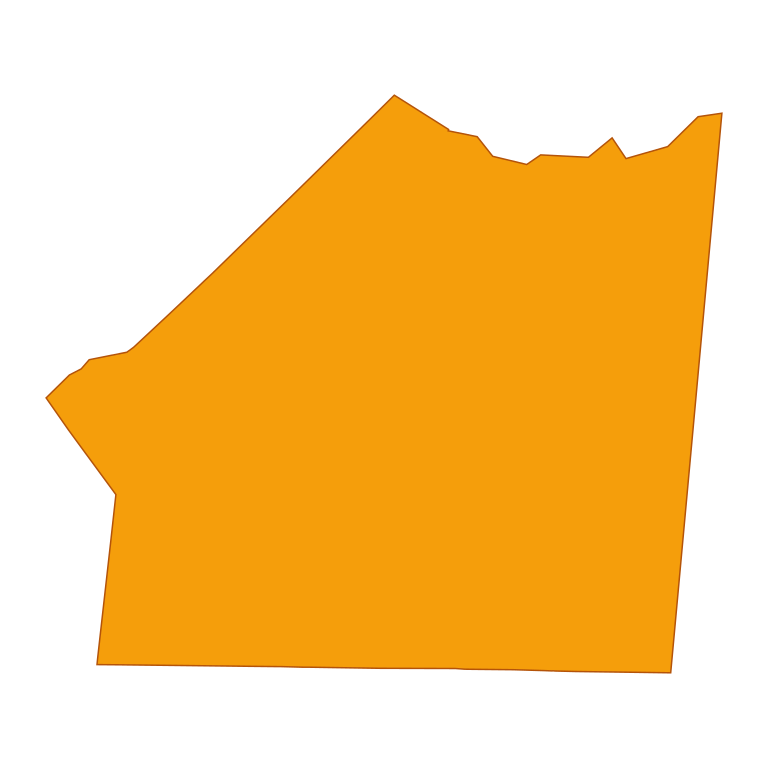 outline of Union, North Carolina, United States of America
{"feature_id": "52423323B12415258614636", "entity_name": "Union", "entity_type": "district", "adm_level": 2, "iso_a3": "USA", "parent_name": "United States of America", "parent_adm1": "North Carolina", "projection": "albers", "projection_center": [-80.585, 35.011], "detail": "fine", "context": "isolated", "style": "filled", "palette": "amber", "viewbox_px": 768, "rotation_deg": 0, "n_neighbors": 0, "source": "geoboundaries", "source_scale": "gbopen_adm2", "svg_char_len": 924}
<svg xmlns="http://www.w3.org/2000/svg" viewBox="0 0 768 768"><path d="M448.6,129.5L394.8,95.5L394.3,95.2L375.1,114.2L374.0,115.3L335.1,153.5L293.4,194.4L292.4,195.4L269.8,217.4L219.6,266.3L214.4,271.4L214.0,271.7L213.6,272.2L203.9,281.3L203.3,281.9L171.0,312.4L133.6,347.3L126.9,352.2L89.2,359.7L81.2,368.9L69.4,375.0L46.1,397.9L68.6,430.1L86.3,454.3L86.7,454.8L115.9,494.6L110.5,543.7L99.9,637.9L97.6,658.6L97.0,664.6L120.8,664.8L127.9,664.9L181.9,665.5L233.5,666.1L249.2,666.3L278.6,666.6L280.9,666.6L303.3,667.2L309.2,667.2L380.8,668.3L455.3,668.5L464.9,669.2L472.8,669.3L513.2,669.7L516.7,669.8L533.5,670.3L544.2,670.6L551.8,670.9L553.2,670.8L554.9,671.0L575.6,671.5L635.5,672.3L670.7,672.8L695.6,401.2L698.2,372.8L721.9,113.2L698.1,116.7L667.7,146.6L626.0,158.6L612.1,137.9L588.4,157.3L540.7,154.9L526.7,164.5L492.7,156.3L477.2,136.7L448.2,130.8L448.6,129.5Z" fill="#f59e0b" stroke="#b45309" stroke-width="1.5"/></svg>